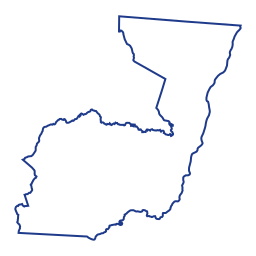 Santa Terezinha, Mato Grosso, Brazil (Natural Earth projection)
{"feature_id": "56859067B41133101441873", "entity_name": "Santa Terezinha", "entity_type": "district", "adm_level": 2, "iso_a3": "BRA", "parent_name": "Brazil", "parent_adm1": "Mato Grosso", "projection": "natural_earth1", "projection_center": [-50.819, -10.289], "detail": "fine", "context": "isolated", "style": "outline", "palette": "blue", "viewbox_px": 256, "rotation_deg": 0, "n_neighbors": 0, "source": "geoboundaries", "source_scale": "gbopen_adm2", "svg_char_len": 5905}
<svg xmlns="http://www.w3.org/2000/svg" viewBox="0 0 256 256"><path d="M119.2,16.3L119.0,31.5L119.8,31.6L120.5,30.5L121.5,30.7L122.9,32.1L123.3,33.1L123.4,34.3L124.7,39.2L127.0,44.0L128.8,44.8L130.2,45.9L131.7,48.5L132.6,52.4L133.0,53.3L133.8,54.1L133.9,55.5L133.6,56.5L134.0,57.8L133.3,60.1L133.8,60.9L134.6,61.6L165.4,79.0L161.6,91.4L156.3,107.9L158.0,109.8L158.5,110.8L158.9,111.9L159.2,113.6L159.5,114.3L160.1,115.1L162.0,117.0L162.7,117.9L163.8,119.9L164.3,120.3L168.6,121.1L169.6,122.3L169.2,123.1L169.9,123.8L171.0,123.9L172.8,124.9L172.8,125.8L172.2,125.9L171.4,125.1L170.2,125.2L170.8,125.8L171.1,126.5L171.6,127.9L171.8,128.9L170.9,130.0L171.0,130.8L171.8,131.7L172.3,132.0L172.5,132.8L173.0,133.5L173.0,134.5L172.6,135.0L172.0,135.1L171.6,135.8L171.0,136.0L170.8,135.4L170.8,134.5L170.1,134.0L169.4,134.7L168.7,135.0L168.1,135.0L166.4,134.5L165.7,134.4L164.6,133.3L163.8,133.0L164.0,132.1L163.7,131.1L163.2,130.7L161.6,130.8L161.0,131.6L160.4,130.8L160.0,129.9L159.4,130.2L158.5,130.4L157.8,130.1L156.6,130.5L156.1,130.3L155.3,130.5L152.9,130.0L152.1,129.2L150.5,129.8L150.1,130.6L148.8,129.8L147.3,129.5L147.2,130.5L146.4,130.2L145.9,131.1L145.6,132.0L144.5,131.8L143.8,132.1L142.4,132.1L142.6,131.3L141.4,130.5L140.7,129.4L139.9,129.4L139.2,129.9L138.5,129.6L138.1,128.3L136.6,126.4L135.9,126.5L135.3,126.5L134.9,125.5L134.8,124.6L133.2,124.5L132.8,125.2L133.0,126.1L131.9,125.7L131.1,125.9L131.0,125.1L131.3,124.3L130.7,124.2L130.2,123.8L129.4,122.9L126.8,122.8L126.2,123.0L125.5,123.9L125.0,125.1L124.1,125.4L123.4,124.8L121.2,124.9L119.6,124.7L118.9,124.2L118.2,124.3L117.5,123.6L117.2,123.0L116.4,123.1L115.5,122.6L114.6,124.0L113.8,123.5L113.1,123.8L111.6,125.0L110.9,124.6L110.4,123.9L109.9,123.5L109.8,124.3L109.0,123.9L108.1,124.2L107.2,123.9L106.6,124.7L105.5,124.3L104.9,123.8L104.2,123.6L103.7,122.8L102.9,122.4L102.1,122.4L101.4,122.7L100.8,122.1L100.9,121.0L100.6,119.9L100.7,118.2L100.9,117.3L100.5,116.7L100.0,116.4L99.7,115.1L99.2,114.4L97.6,113.1L96.0,111.0L94.7,110.9L94.0,110.5L93.4,110.5L92.6,110.1L92.1,109.5L91.5,109.5L90.8,109.9L90.4,111.1L89.7,111.7L88.5,111.9L87.1,112.8L86.3,113.7L85.5,114.1L84.7,114.1L83.5,114.8L82.4,113.9L81.3,113.5L80.6,114.0L80.5,114.7L80.6,115.4L79.7,116.4L79.2,115.4L78.4,116.1L77.5,117.7L76.7,118.8L75.7,119.1L74.9,119.2L73.7,120.6L73.0,120.9L72.3,120.5L71.4,121.2L69.3,122.4L68.1,122.8L66.7,122.7L66.2,122.1L65.8,120.6L64.6,119.1L63.9,119.2L63.6,119.9L62.1,119.6L61.2,118.9L59.7,119.0L59.1,119.7L58.4,119.8L56.1,122.1L55.3,123.8L54.7,124.3L53.8,124.3L53.3,123.9L52.2,124.7L51.2,124.4L50.6,124.5L48.9,125.3L48.0,125.6L46.2,126.7L45.1,126.8L44.2,127.1L43.5,127.8L43.1,128.4L42.8,129.7L42.6,131.1L42.0,132.0L41.2,134.0L40.6,134.6L40.0,135.6L39.0,138.1L39.2,140.8L38.9,141.7L37.0,143.6L36.6,145.5L35.7,147.0L35.7,150.0L35.5,150.9L34.3,152.7L32.9,154.8L31.4,156.1L28.0,156.5L27.4,157.0L25.1,157.8L24.6,158.9L22.8,159.7L32.0,167.6L34.2,170.1L34.6,170.8L34.7,173.0L34.6,173.7L34.9,175.2L36.5,176.5L35.9,177.8L34.8,178.3L33.1,180.5L32.7,181.7L32.1,182.3L31.7,183.8L31.0,184.2L30.7,184.8L31.3,185.7L31.7,188.2L32.0,188.8L32.2,190.0L31.9,190.6L30.3,192.8L29.1,192.8L27.6,194.1L26.0,194.2L25.4,194.7L24.6,194.8L28.2,205.8L25.5,206.1L24.9,206.0L24.3,206.5L23.6,206.2L22.6,205.2L22.1,204.0L21.0,204.4L19.4,204.6L18.7,204.9L18.2,205.9L17.3,205.8L15.9,207.0L15.4,208.4L15.4,209.6L15.9,210.7L16.1,211.4L16.8,212.8L17.3,214.2L18.3,214.8L18.1,216.5L18.0,218.8L17.7,219.9L17.8,220.9L17.2,222.1L18.0,223.3L19.4,224.5L20.1,226.5L19.9,227.4L20.0,228.2L18.8,230.9L18.6,232.9L86.6,236.5L87.2,236.6L88.5,237.7L90.9,238.9L92.5,239.5L93.9,239.7L94.5,239.5L94.9,239.0L95.3,238.1L95.7,236.5L96.6,235.7L97.2,234.9L97.9,234.5L99.8,234.1L101.6,233.3L103.0,233.2L104.4,232.2L105.4,232.0L106.0,231.3L105.9,230.1L106.2,229.4L106.7,229.1L107.9,229.2L109.4,227.2L109.3,226.1L109.7,225.6L110.6,225.5L111.5,225.1L114.8,224.5L115.8,224.7L116.2,224.0L116.9,223.8L118.3,224.0L120.2,225.0L121.2,224.9L121.8,224.6L122.2,223.6L121.8,222.6L120.6,222.4L120.2,223.6L119.4,222.4L119.4,221.7L119.8,221.0L120.3,220.6L122.7,220.2L123.3,219.7L123.7,219.1L123.9,217.0L124.8,215.7L124.6,214.7L126.6,213.5L127.3,212.6L129.8,210.7L130.8,210.3L133.1,210.2L133.9,210.4L135.8,211.4L136.6,211.5L137.5,211.3L139.7,211.8L140.3,211.9L141.4,211.7L142.2,211.3L142.6,210.2L143.3,210.0L145.0,210.3L146.3,211.2L147.1,211.4L147.4,213.3L146.8,215.6L147.2,216.2L149.1,216.0L149.9,216.5L150.9,216.6L151.5,217.0L152.2,217.0L153.9,216.2L155.2,216.2L155.7,217.9L156.3,218.6L157.2,219.0L159.1,219.1L159.7,218.8L160.5,217.3L162.2,216.9L162.8,215.9L162.8,213.8L163.1,213.0L165.4,213.0L166.2,212.7L167.2,211.8L169.1,210.5L170.3,209.2L170.6,207.5L171.1,206.5L171.3,205.8L172.1,204.8L172.4,203.8L174.4,201.6L175.8,201.2L177.9,201.4L178.5,201.0L179.2,200.3L179.7,199.2L179.4,197.7L179.5,196.6L179.8,195.6L180.3,194.7L181.6,193.1L182.6,190.5L182.4,189.4L182.5,187.7L182.1,185.4L183.3,183.2L183.6,182.2L183.6,181.4L183.2,179.9L183.3,177.3L183.9,176.5L185.8,175.3L188.0,175.3L188.9,175.0L189.5,174.6L190.0,173.8L189.9,173.0L189.1,171.0L189.0,170.2L189.0,168.8L189.1,167.5L190.7,161.4L191.1,157.1L191.9,154.3L193.1,153.3L195.5,152.2L196.7,151.5L197.5,150.1L197.6,148.7L198.1,147.8L201.3,145.3L202.3,144.0L202.6,143.1L201.5,140.1L201.3,138.3L201.6,136.8L203.3,133.2L205.0,127.8L205.5,125.7L205.9,123.0L206.6,120.1L207.2,118.5L209.0,115.2L209.8,111.9L209.7,110.4L209.0,106.6L208.8,104.6L208.1,101.7L207.0,101.1L206.6,100.4L206.4,99.4L206.5,97.4L207.7,92.5L209.5,88.9L210.5,87.2L211.5,86.3L212.8,85.4L214.2,83.5L214.6,82.5L214.7,80.7L215.1,79.5L218.0,75.8L220.3,73.9L223.2,72.5L224.8,70.9L225.3,70.0L227.0,65.6L227.4,60.8L227.7,59.8L228.0,59.1L229.2,57.6L230.2,54.9L229.8,52.9L230.0,51.6L230.7,50.1L231.4,49.1L232.3,46.9L232.7,44.5L232.6,41.9L232.9,41.0L233.8,38.9L234.6,36.5L236.9,32.4L238.0,31.2L239.0,30.3L240.5,28.5L240.6,27.7L240.2,26.7L240.6,25.6L186.4,21.6L119.2,16.3Z" fill="none" stroke="#1e3a8a" stroke-width="2"/></svg>